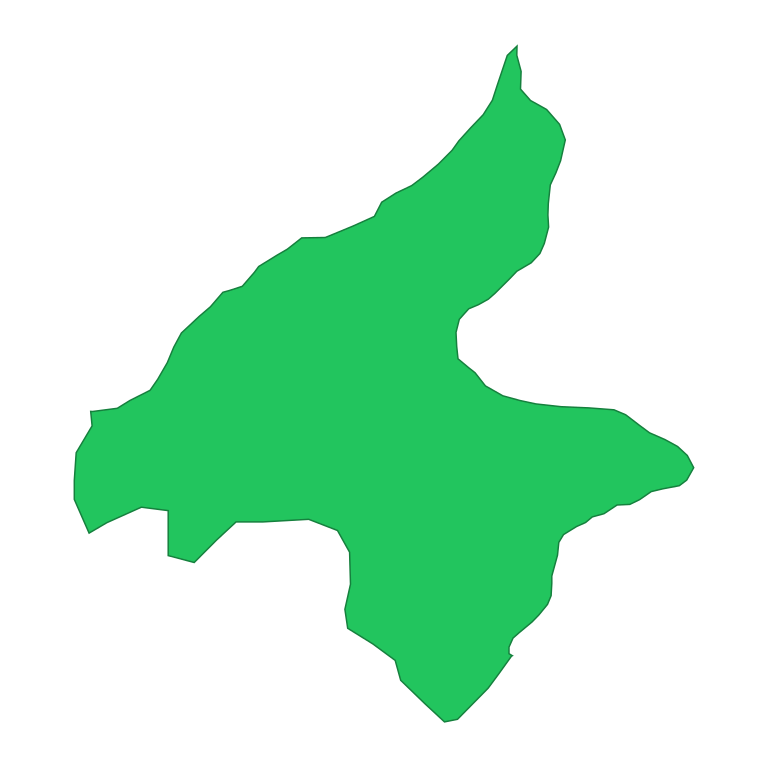 outline of Agsu District, Ağsu, Azerbaijan
{"feature_id": "54616110B12323901372431", "entity_name": "Agsu District", "entity_type": "district", "adm_level": 2, "iso_a3": "AZE", "parent_name": "Azerbaijan", "parent_adm1": "Ağsu", "projection": "robinson", "projection_center": [48.44, 40.562], "detail": "fine", "context": "isolated", "style": "filled", "palette": "green", "viewbox_px": 768, "rotation_deg": 0, "n_neighbors": 0, "source": "geoboundaries", "source_scale": "gbopen_adm2", "svg_char_len": 1714}
<svg xmlns="http://www.w3.org/2000/svg" viewBox="0 0 768 768"><path d="M517.0,46.1L507.3,55.4L497.3,85.1L492.4,100.2L483.2,114.7L470.7,127.8L458.9,140.8L452.1,150.3L438.4,164.1L422.8,177.2L411.7,185.6L396.1,193.0L381.7,202.2L374.4,216.4L352.7,226.2L325.3,237.5L301.7,237.9L287.3,249.2L277.0,255.2L258.7,266.5L254.5,272.2L242.3,286.3L229.4,290.5L222.9,292.3L210.4,306.8L199.3,316.3L181.4,333.0L173.8,347.1L167.3,362.7L157.7,379.3L150.1,390.3L129.9,400.5L117.3,408.3L92.6,411.5L90.7,411.4L92.1,425.9L76.2,452.7L74.3,480.4L74.3,499.4L89.1,533.1L106.8,522.7L141.3,507.2L168.2,510.6L168.2,529.7L168.2,555.6L194.2,562.5L216.6,540.0L236.1,521.9L263.1,521.9L308.7,519.3L337.5,530.5L349.6,552.2L350.5,584.2L344.9,609.3L347.7,628.3L372.8,643.9L395.2,660.4L400.7,680.3L424.9,703.7L444.5,721.9L454.0,720.0L457.5,719.3L488.2,688.1L498.5,674.2L511.5,656.1L512.3,655.7L509.0,653.7L509.0,647.1L513.0,638.1L519.0,632.8L532.1,621.9L538.8,615.0L547.5,604.4L551.1,595.7L551.8,583.2L551.8,576.0L557.5,555.2L558.8,542.4L563.5,534.6L576.6,526.5L585.6,522.5L592.3,516.9L604.0,513.7L617.1,505.0L629.8,504.4L639.5,499.7L651.2,491.6L662.9,488.8L679.3,485.7L686.7,480.1L693.7,467.7L687.3,455.5L677.6,446.5L665.2,439.7L649.5,432.8L639.4,425.3L625.7,414.8L614.0,409.8L588.9,407.9L561.1,406.7L535.7,403.9L519.9,400.5L502.8,395.8L485.4,385.9L475.1,372.8L468.4,367.5L458.0,358.8L456.7,346.4L456.0,332.4L459.3,319.3L468.7,308.8L478.4,304.7L488.4,299.1L495.1,293.2L508.8,279.6L516.9,271.2L531.2,262.8L539.9,253.5L544.3,243.5L548.6,227.1L547.9,215.0L548.3,203.5L550.3,184.9L555.9,172.8L560.6,160.7L565.3,139.9L559.6,124.4L546.6,109.5L530.5,100.5L520.5,89.1L521.1,71.4L516.8,55.3L517.0,46.1Z" fill="#22c55e" stroke="#15803d" stroke-width="1.5"/></svg>